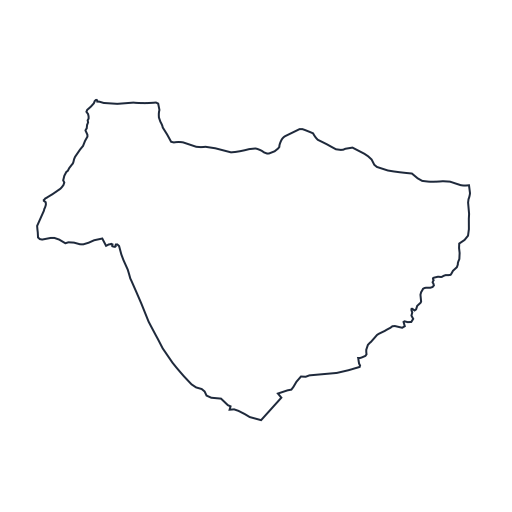 Lupac, Caras-Severin, Romania (orthographic projection), rotated 87°
{"feature_id": "2599482B56310915101531", "entity_name": "Lupac", "entity_type": "district", "adm_level": 2, "iso_a3": "ROU", "parent_name": "Romania", "parent_adm1": "Caras-Severin", "projection": "orthographic", "projection_center": [21.804, 45.262], "detail": "fine", "context": "isolated", "style": "outline", "palette": "slate", "viewbox_px": 512, "rotation_deg": 87, "n_neighbors": 0, "source": "geoboundaries", "source_scale": "gbopen_adm2", "svg_char_len": 4263}
<svg xmlns="http://www.w3.org/2000/svg" viewBox="0 0 512 512"><g transform="rotate(87 256 256)"><path d="M214.5,473.0L217.8,472.9L221.0,472.7L226.1,472.7L227.8,471.0L228.1,469.8L228.4,468.7L227.2,460.0L227.4,456.4L229.3,451.7L231.3,448.7L233.3,445.7L232.5,442.6L233.1,437.1L235.1,431.1L235.3,427.8L234.0,422.5L231.8,416.8L230.5,408.6L238.0,405.2L236.7,402.3L236.7,401.2L236.3,399.9L236.9,398.8L237.4,399.1L238.7,399.0L239.1,398.0L239.5,396.4L238.9,395.6L238.1,395.7L237.2,395.4L237.2,393.9L238.0,393.1L238.9,392.2L247.4,390.4L253.1,388.6L262.9,384.8L267.4,383.7L271.9,382.7L274.3,381.7L285.9,377.3L297.5,373.0L315.9,366.7L320.5,364.6L329.5,360.4L334.1,358.2L343.4,354.0L358.3,344.9L363.0,341.5L367.6,338.0L372.2,334.4L376.6,330.7L380.8,327.1L384.1,322.7L386.0,317.2L388.6,314.4L392.8,312.7L395.2,308.1L396.6,298.4L403.5,291.9L404.8,289.3L408.1,290.4L408.0,285.9L409.7,281.7L413.4,275.3L416.5,270.7L420.2,259.5L398.8,238.1L394.5,241.3L391.8,231.5L391.3,227.7L388.7,225.5L383.7,222.2L378.7,217.4L379.2,212.7L378.0,208.9L377.0,181.4L374.9,169.6L372.2,158.3L371.5,158.1L370.8,157.8L368.8,158.7L366.3,159.0L363.7,159.2L363.2,159.3L363.3,158.1L363.3,157.4L362.9,155.8L361.5,152.0L360.0,150.8L357.6,150.9L355.4,150.8L350.6,148.9L348.7,146.9L348.5,146.7L347.9,145.8L343.6,141.6L341.2,139.3L340.2,137.6L338.5,133.6L337.6,131.4L336.6,129.6L335.8,127.9L334.7,125.5L333.3,123.5L333.2,121.0L335.3,113.8L333.9,111.1L329.6,112.1L329.0,111.1L330.0,108.0L330.0,104.4L327.0,102.3L323.7,103.9L320.5,102.9L318.7,103.5L318.0,103.6L317.6,103.6L317.3,103.5L316.9,103.4L316.9,102.6L317.3,102.2L317.8,101.6L318.7,100.5L317.8,99.1L317.6,98.9L314.2,97.6L311.3,94.1L310.2,93.5L303.3,93.8L300.8,93.0L298.7,91.6L297.5,90.9L296.8,89.4L296.6,88.0L296.8,83.5L296.2,81.3L294.7,79.9L292.8,80.3L291.7,81.0L290.7,80.7L289.5,79.9L288.1,80.5L287.5,80.4L287.1,79.9L286.9,79.1L286.2,75.3L286.6,72.7L286.6,71.6L285.6,69.6L285.0,67.6L285.2,65.1L285.0,62.7L283.9,61.8L281.1,60.1L277.7,56.0L275.1,54.9L273.7,54.8L272.0,54.2L269.7,53.1L263.7,52.5L258.7,52.8L254.2,52.4L250.9,46.9L246.8,43.2L240.4,42.0L229.9,41.5L225.2,41.0L213.7,41.4L210.4,40.8L209.0,40.2L207.5,39.7L206.0,39.3L204.5,39.0L196.5,39.6L196.6,41.7L196.6,43.7L196.4,45.7L196.0,47.7L195.9,48.1L191.9,58.4L191.1,65.4L191.2,68.7L191.2,72.0L191.1,75.3L190.9,78.6L190.7,80.2L189.7,86.1L186.9,90.5L181.8,96.0L180.9,102.0L179.9,108.0L178.8,113.9L177.5,119.9L173.4,130.6L171.1,133.1L165.7,135.5L162.3,138.8L159.6,142.4L152.8,154.0L153.6,161.2L154.4,163.3L154.5,165.7L153.6,170.6L150.9,175.0L148.2,179.3L145.7,183.7L143.2,188.2L141.7,189.5L140.0,190.7L138.3,191.7L136.5,192.6L135.2,195.2L134.0,197.8L132.8,200.4L131.7,203.1L131.6,205.9L137.8,220.5L138.4,221.6L139.2,222.6L140.1,223.5L141.0,224.2L142.4,225.0L143.8,225.7L145.2,226.3L146.7,226.8L148.3,227.0L149.8,228.3L152.4,231.9L154.3,237.6L154.3,239.5L153.0,242.5L152.3,243.4L151.5,244.4L150.9,245.4L150.3,246.5L149.8,247.6L149.3,248.7L148.9,249.8L148.6,251.0L148.9,257.2L149.8,261.8L150.5,266.3L151.0,270.9L151.2,275.5L146.3,291.0L144.3,300.7L144.4,303.0L144.4,305.4L144.1,307.7L143.8,310.0L138.7,322.9L138.3,325.2L138.1,327.5L138.1,329.8L138.3,332.1L137.5,334.8L133.7,336.6L130.0,338.4L126.4,340.4L122.8,342.4L121.2,342.7L119.7,343.2L118.3,343.8L116.8,344.5L112.6,345.7L110.7,345.7L108.8,345.6L106.9,345.3L105.1,344.8L98.7,345.7L97.5,347.9L97.6,350.7L97.6,353.5L97.6,356.4L97.5,359.2L97.3,362.0L97.1,364.8L96.8,367.7L96.4,370.5L96.8,386.5L95.2,400.1L93.7,404.3L93.5,406.4L93.4,406.4L92.6,406.4L91.8,406.9L91.8,407.7L92.2,408.2L92.6,408.7L92.9,409.0L94.3,409.6L95.1,410.0L98.1,413.0L100.2,415.6L101.2,416.9L103.1,417.8L104.2,417.1L105.4,416.3L107.6,415.9L108.8,415.9L110.1,416.0L111.7,417.0L113.8,416.7L115.1,417.3L115.6,417.5L116.1,417.8L119.8,418.4L120.8,419.3L121.8,419.7L124.0,418.8L126.2,418.0L128.0,418.1L132.1,420.7L137.1,423.0L138.8,424.6L140.6,426.2L147.5,431.5L149.8,432.6L152.5,433.4L154.1,434.1L154.9,434.9L158.4,437.9L161.1,439.5L162.1,441.0L165.8,443.2L169.1,444.2L170.3,444.6L172.6,443.6L175.1,444.6L177.0,446.2L178.5,447.7L183.5,455.8L186.6,461.6L186.9,461.9L187.4,463.3L188.7,464.5L189.0,465.0L189.8,465.0L190.4,464.2L190.9,463.7L191.3,463.2L193.3,463.1L194.6,463.4L195.6,463.8L196.7,464.2L197.6,464.8L199.8,465.5L214.5,473.0Z" fill="none" stroke="#1e293b" stroke-width="2"/></g></svg>